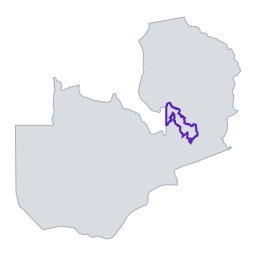 Chitambo, Central, Zambia (highlighted)
{"feature_id": "96606910B62371668778538", "entity_name": "Chitambo", "entity_type": "district", "adm_level": 2, "iso_a3": "ZMB", "parent_name": "Zambia", "parent_adm1": "Central", "projection": "natural_earth1", "projection_center": [30.302, -12.89], "detail": "medium", "context": "in_parent", "style": "outline", "palette": "violet", "viewbox_px": 256, "rotation_deg": 0, "n_neighbors": 0, "source": "geoboundaries", "source_scale": "gbopen_adm2", "svg_char_len": 5370}
<svg xmlns="http://www.w3.org/2000/svg" viewBox="0 0 256 256"><path d="M177.5,184.8L164.7,184.8L160.1,186.0L156.3,187.8L151.7,190.6L149.1,192.6L148.4,193.7L148.0,196.1L148.0,199.7L147.6,202.4L146.2,204.8L139.3,207.8L134.8,210.2L130.3,213.1L127.0,216.8L124.7,221.3L120.9,226.9L113.0,237.0L108.4,238.9L104.5,238.5L99.8,236.4L96.1,236.0L93.4,237.3L90.8,236.9L88.5,234.8L86.5,234.0L85.0,234.6L82.9,234.5L79.2,233.3L76.0,229.7L74.3,228.2L72.9,227.7L69.1,227.1L60.3,226.2L51.3,228.0L43.3,229.8L35.1,221.8L27.1,213.4L25.4,211.2L22.4,208.4L20.3,207.0L19.5,206.3L17.3,198.8L16.0,191.8L15.4,125.3L51.3,125.3L53.6,125.0L53.7,124.3L52.0,120.7L52.1,119.5L52.5,117.1L54.1,112.3L54.1,110.6L53.4,105.4L53.4,102.5L53.8,96.6L53.6,94.6L54.4,91.9L54.7,90.1L55.0,89.4L54.6,87.3L53.8,80.3L53.4,77.4L55.5,77.8L56.2,79.2L56.7,80.8L57.6,80.9L60.2,81.9L61.1,83.2L61.7,86.0L61.4,87.4L60.5,88.6L61.4,89.6L63.1,90.3L64.1,90.1L67.0,88.2L69.6,87.5L71.0,87.0L76.9,85.7L78.1,85.0L78.9,85.0L79.5,85.6L79.0,87.6L78.8,89.4L79.6,92.7L80.2,94.3L81.4,95.4L82.3,96.0L83.3,97.2L85.4,97.0L89.9,98.7L91.3,99.5L93.2,100.3L94.6,100.6L99.3,101.2L104.2,102.1L106.8,102.2L108.6,102.0L109.9,101.5L110.7,100.9L111.1,100.5L112.9,94.1L113.8,93.6L115.1,93.3L115.8,93.9L116.6,97.9L120.2,101.5L121.4,104.5L122.3,107.1L123.1,107.9L124.5,108.8L126.6,109.1L128.6,109.2L138.2,113.6L139.3,114.4L140.5,116.8L141.2,119.5L142.0,121.6L143.2,122.0L144.3,122.1L145.4,123.6L146.3,124.9L149.1,130.1L149.5,132.2L150.9,133.6L152.8,134.2L154.5,134.2L155.5,133.6L158.0,132.5L159.9,131.3L161.3,130.9L162.2,131.1L162.8,132.0L163.2,134.6L164.6,135.5L165.6,135.1L166.0,134.1L166.0,133.6L166.0,106.2L165.1,106.4L164.0,107.2L161.4,107.3L160.4,107.9L160.1,108.8L160.3,109.9L160.4,111.4L160.0,112.2L158.9,112.5L157.3,111.9L154.3,111.1L151.9,110.6L150.1,108.6L147.7,105.5L146.2,103.9L142.4,100.7L141.8,100.0L140.6,98.5L139.6,96.0L138.7,93.0L138.2,91.1L139.1,88.2L141.3,78.7L141.8,75.8L143.6,72.8L143.7,70.1L143.0,66.7L143.2,64.8L143.4,53.9L142.9,50.5L141.7,46.7L138.9,41.4L139.0,40.3L143.1,36.9L144.4,35.6L146.5,32.8L148.0,30.4L148.9,28.5L149.3,26.0L148.6,23.7L150.0,23.2L184.4,17.1L184.9,18.7L186.0,21.4L187.2,23.4L188.6,25.2L189.9,26.2L190.7,26.5L196.0,26.4L197.9,27.5L199.6,28.8L200.0,30.9L201.1,32.2L202.3,33.2L202.8,33.3L203.6,33.1L205.1,33.0L206.4,33.5L207.0,33.9L207.1,35.7L207.5,36.5L209.3,36.8L211.1,36.9L212.9,38.1L214.8,38.3L217.0,38.8L218.0,40.0L220.3,41.3L223.2,42.5L226.4,44.4L226.4,45.0L227.0,46.1L227.5,47.0L227.6,48.2L227.8,49.3L228.6,49.5L229.3,49.6L229.9,48.8L230.8,48.8L231.7,49.3L232.0,50.6L232.7,52.3L233.9,53.5L234.7,54.6L234.4,56.7L233.9,58.6L235.5,60.5L237.5,62.2L238.1,63.0L238.3,65.7L238.6,66.5L240.0,68.7L240.6,70.2L240.6,71.0L236.8,75.4L234.5,76.0L233.5,76.9L232.9,77.8L234.4,82.2L235.2,83.8L234.5,85.8L233.0,89.3L232.3,89.6L232.2,92.3L232.6,93.2L233.4,94.0L233.7,95.8L233.6,100.2L232.6,105.3L234.3,109.7L234.9,110.2L237.2,110.2L237.6,110.6L237.1,111.8L235.4,113.8L232.4,115.3L228.2,116.9L227.3,118.5L226.7,120.9L227.2,122.2L227.7,123.0L227.5,125.0L227.2,127.2L227.3,128.8L227.1,130.3L226.5,131.1L225.8,133.3L224.8,135.6L224.1,136.6L223.0,137.7L221.3,138.6L221.4,139.0L223.3,140.0L223.8,140.8L224.0,141.3L223.1,142.4L224.0,143.1L225.1,143.7L226.1,145.2L227.3,148.0L227.5,148.3L227.8,148.3L228.5,148.0L229.6,146.9L230.5,146.5L231.5,148.1L213.6,155.1L209.4,156.5L203.2,159.0L201.1,159.9L199.5,160.8L182.9,166.2L180.3,167.3L174.4,170.1L174.2,170.5L174.3,171.8L174.8,174.4L175.8,176.8L176.7,178.2L177.2,181.7L177.5,184.8Z" fill="#d9dde1" stroke="#a8b0b8" stroke-width="1"/><path d="M197.6,134.9L197.3,134.3L197.6,132.7L196.2,131.0L196.6,129.8L196.1,128.8L196.2,127.6L195.7,126.9L196.0,125.3L195.5,124.6L194.2,124.5L193.9,124.1L193.3,124.4L192.5,125.3L192.5,125.9L191.1,126.2L190.6,125.8L190.5,125.1L190.0,124.6L189.1,124.4L188.5,123.9L187.8,124.4L187.0,123.7L186.2,124.1L185.3,123.3L184.4,123.1L184.2,122.6L184.8,121.9L184.6,120.6L184.0,119.8L184.2,118.8L184.9,118.1L183.5,117.3L183.4,116.7L183.0,116.3L182.7,116.2L182.2,117.1L181.5,117.2L180.6,115.9L180.9,114.9L178.4,113.5L178.9,112.4L179.7,111.6L179.7,110.2L179.3,109.6L178.6,108.9L177.4,108.8L176.7,109.1L175.9,108.3L175.8,108.5L175.1,108.5L173.9,107.7L174.2,107.6L172.5,107.2L172.5,106.7L171.9,106.7L171.5,105.7L170.9,105.4L170.9,104.2L170.3,103.9L169.9,102.8L168.4,103.1L167.1,104.0L166.9,105.7L166.3,106.1L166.3,125.0L167.0,125.1L167.5,124.8L168.2,123.1L169.0,122.4L169.3,121.7L171.3,120.9L170.8,120.5L171.1,120.4L170.9,120.0L171.3,119.4L170.7,118.8L171.0,118.8L170.6,118.5L170.7,118.2L170.2,118.1L170.2,117.8L170.5,117.6L170.2,117.2L170.8,116.4L171.1,116.4L171.1,116.0L171.9,115.7L172.2,115.0L172.0,114.7L172.4,114.6L172.1,114.3L172.8,113.5L172.7,112.9L172.9,112.7L173.8,113.7L173.7,114.5L174.5,115.1L174.1,116.9L174.7,117.5L174.1,119.4L174.0,120.3L174.9,120.7L175.1,121.5L174.8,122.1L175.4,123.6L176.7,124.3L177.5,125.4L178.3,125.2L178.5,125.4L178.3,125.8L179.0,125.8L179.6,126.7L180.2,126.9L180.4,127.8L179.9,129.0L180.3,129.4L180.1,130.7L180.7,132.0L181.0,132.0L181.7,133.1L182.5,133.3L182.8,134.0L182.6,134.7L183.1,135.6L182.8,135.8L182.7,136.5L187.4,132.6L187.7,133.4L187.1,138.1L190.2,138.6L189.1,140.6L189.5,140.8L189.4,141.8L190.6,142.8L190.6,142.1L191.5,141.7L191.9,141.0L191.6,139.8L192.0,139.2L193.0,138.5L193.3,138.8L194.3,137.3L195.1,137.1L195.5,136.1L196.2,135.9L196.6,135.5L197.3,135.7L197.6,134.9Z" fill="none" stroke="#5b21b6" stroke-width="2"/></svg>